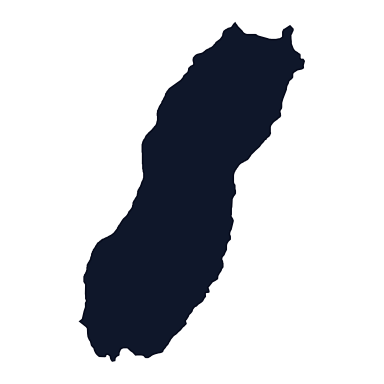 the district of Grecia, Alajuela, Costa Rica
{"feature_id": "36466004B60213245209904", "entity_name": "Grecia", "entity_type": "district", "adm_level": 2, "iso_a3": "CRI", "parent_name": "Costa Rica", "parent_adm1": "Alajuela", "projection": "albers", "projection_center": [-84.294, 10.09], "detail": "fine", "context": "isolated", "style": "filled", "palette": "ink", "viewbox_px": 384, "rotation_deg": 0, "n_neighbors": 0, "source": "geoboundaries", "source_scale": "gbopen_adm2", "svg_char_len": 5940}
<svg xmlns="http://www.w3.org/2000/svg" viewBox="0 0 384 384"><path d="M186.0,323.7L185.2,321.0L185.4,320.2L186.3,319.3L188.2,316.2L188.5,315.2L189.3,314.0L190.2,313.3L191.8,311.4L192.5,309.2L193.9,307.3L194.9,306.4L196.3,305.9L198.1,304.0L200.9,302.2L202.5,300.8L203.9,298.2L205.3,296.5L205.1,293.2L205.4,292.8L205.7,292.4L208.5,292.1L208.9,291.8L208.6,290.1L207.7,287.5L212.3,281.7L214.9,280.4L217.4,278.7L217.7,275.6L218.5,274.4L218.8,273.6L220.5,271.2L221.1,270.1L221.4,268.9L222.8,267.0L222.8,263.4L222.4,262.2L222.4,261.3L221.5,259.5L221.7,257.9L222.2,256.6L223.7,255.0L224.2,254.1L224.7,252.7L226.3,249.6L226.3,245.5L226.6,243.9L227.2,242.6L228.3,240.9L230.2,239.2L230.2,237.0L230.1,236.0L229.5,235.1L229.5,232.9L230.2,230.7L231.0,229.4L233.1,220.8L232.5,219.1L230.9,216.5L230.9,215.2L231.2,214.5L231.2,208.5L231.6,206.8L232.0,198.8L233.7,195.4L234.3,195.0L235.3,193.3L235.3,190.7L234.8,189.0L234.8,185.6L234.6,185.4L234.6,184.9L234.0,184.4L233.3,182.4L233.3,175.5L233.5,174.0L234.2,171.8L234.8,170.9L234.8,170.4L235.8,169.2L236.5,167.9L237.8,166.4L237.8,165.9L239.5,164.0L241.0,162.8L243.1,161.8L243.6,161.3L244.7,160.8L245.1,160.7L246.3,159.9L247.4,159.4L248.8,157.7L249.6,156.3L249.9,156.1L249.9,155.7L250.3,155.6L250.8,154.5L254.3,151.1L254.5,150.8L259.4,146.3L261.0,144.0L263.4,141.5L264.1,140.3L265.0,139.4L265.8,139.2L265.8,138.8L267.1,137.3L268.8,136.2L269.2,135.4L269.7,134.9L269.7,134.5L270.3,133.5L270.3,132.6L270.1,132.3L270.1,127.1L270.5,125.6L271.2,124.4L271.5,124.2L271.6,123.8L273.5,121.6L276.3,119.5L276.7,119.4L277.4,118.6L279.2,117.1L279.6,117.0L280.4,115.8L280.2,113.2L279.8,112.4L279.8,110.6L281.3,108.3L281.5,107.1L281.5,102.8L282.6,98.8L286.2,89.4L286.2,88.4L286.7,85.8L288.1,83.2L288.6,81.2L289.4,80.2L291.4,78.6L292.3,77.5L292.5,77.1L292.5,74.5L292.7,73.5L293.1,72.7L293.7,72.1L297.4,69.7L301.4,68.9L302.5,68.4L303.3,67.8L303.1,65.2L304.2,61.1L303.0,59.4L300.8,59.4L300.5,59.1L299.9,58.0L299.9,55.0L299.7,54.4L298.0,53.4L297.3,52.7L295.2,51.5L294.3,50.7L293.0,48.8L291.4,44.6L291.1,43.7L291.1,41.5L290.8,38.6L290.7,34.9L291.6,33.4L292.1,32.0L292.9,30.5L293.0,29.1L290.0,25.9L284.5,29.5L284.1,29.5L283.7,30.0L282.8,31.9L282.8,36.6L282.3,37.5L279.8,39.0L279.0,39.0L276.1,39.6L270.9,39.6L270.1,39.4L268.8,39.4L268.1,39.0L258.7,36.4L256.9,35.7L256.5,35.1L256.1,35.1L255.4,34.7L247.2,34.7L245.6,34.4L244.6,33.8L244.2,33.7L242.7,32.4L242.1,31.3L237.2,26.3L236.9,25.5L236.5,25.4L236.5,25.0L235.7,24.1L235.1,23.0L233.6,24.5L233.0,25.7L232.7,25.9L232.6,26.3L232.3,26.5L232.2,26.9L231.1,27.8L228.0,28.6L227.6,29.1L226.1,29.7L224.0,31.3L223.0,34.0L223.0,35.3L222.3,36.8L220.3,39.5L216.2,42.5L215.2,44.2L214.2,45.0L213.9,45.6L212.8,46.7L211.4,47.8L209.9,48.3L209.2,48.9L206.9,49.9L205.7,50.7L205.3,51.2L204.0,52.1L203.5,52.7L201.0,53.8L200.2,53.8L199.1,54.2L198.2,54.3L196.7,54.9L195.5,55.7L194.2,57.2L193.5,58.1L193.5,59.0L193.3,59.4L193.3,60.6L193.9,63.0L193.8,64.7L193.2,65.3L190.6,66.6L189.6,67.8L189.0,68.2L188.8,68.9L188.7,70.2L187.9,72.5L184.1,75.7L183.2,77.8L181.0,80.5L169.5,88.7L167.7,91.1L167.2,91.5L166.8,92.7L165.9,93.7L165.5,95.6L165.0,96.7L164.0,98.4L163.5,99.7L162.1,101.9L162.1,102.5L161.3,104.2L160.8,104.6L160.4,105.6L160.0,105.9L159.5,106.8L159.4,107.5L159.0,108.0L158.4,109.7L157.7,110.8L157.7,112.2L157.4,113.4L157.4,115.4L157.7,116.0L157.7,120.7L157.4,121.0L156.7,124.2L156.4,124.5L156.3,125.1L155.9,125.7L154.6,126.9L154.0,128.0L153.4,128.3L153.1,128.9L151.0,131.3L150.5,131.4L149.9,132.2L148.7,133.1L148.6,133.7L148.0,134.0L146.2,136.0L144.9,138.9L144.0,139.8L143.9,140.5L143.3,141.2L143.3,141.9L142.9,142.2L142.9,142.9L142.3,144.6L142.3,152.0L142.6,153.0L142.6,163.8L142.9,164.1L142.9,168.8L143.3,169.8L143.3,171.2L143.9,173.0L143.9,177.7L143.3,179.4L143.3,180.1L142.3,181.5L142.2,182.2L141.9,182.5L141.9,183.2L141.6,183.5L141.6,184.2L141.3,184.5L141.3,185.2L140.9,185.5L140.9,186.2L139.4,188.3L138.9,189.5L138.3,190.2L138.2,190.9L137.9,191.4L137.9,193.4L137.6,193.8L137.4,195.7L136.3,197.7L135.8,198.1L135.0,199.8L134.2,200.8L133.2,202.9L133.2,204.9L132.8,205.5L132.7,206.7L132.0,208.3L130.2,210.7L129.2,211.6L128.2,214.0L127.8,214.5L127.8,215.1L127.2,215.4L126.6,216.3L123.8,218.8L122.7,220.2L120.1,224.3L120.0,224.9L119.4,225.2L118.6,226.3L118.2,227.4L117.7,227.9L117.7,228.6L114.0,233.3L111.4,235.3L108.6,236.7L108.1,237.2L106.9,237.6L106.5,238.0L105.9,238.0L103.6,239.3L103.0,239.3L102.1,240.0L101.6,240.1L100.8,241.1L100.2,241.3L99.4,242.2L97.8,243.2L96.3,245.8L95.8,246.2L95.5,247.2L93.5,250.0L93.2,251.3L92.7,251.7L92.4,252.9L91.8,254.0L91.8,255.4L90.9,257.7L90.8,259.0L90.5,259.3L90.5,260.0L89.5,261.2L89.4,261.8L88.6,262.7L88.4,263.3L88.1,263.6L88.0,264.2L87.4,265.0L87.4,267.0L87.1,267.5L87.1,270.2L86.8,270.6L86.3,272.4L85.9,272.8L85.8,273.5L84.7,274.9L84.7,275.6L84.2,276.3L84.1,276.9L84.1,281.6L85.8,284.4L85.6,293.7L85.8,295.9L85.8,298.6L86.4,299.8L86.7,301.3L85.9,302.4L85.6,303.3L85.7,307.1L84.3,311.3L82.6,318.8L82.1,319.6L79.8,321.4L86.4,326.6L87.6,328.3L87.8,333.5L88.2,336.7L89.5,339.7L90.6,341.2L91.6,345.2L92.5,346.4L93.9,347.7L94.8,350.7L95.9,352.9L97.1,354.4L99.0,356.1L99.5,356.3L104.7,356.5L105.2,356.4L105.6,355.9L105.7,354.8L106.0,354.5L106.6,354.2L108.0,354.2L109.9,355.5L110.3,356.0L110.8,358.5L111.3,359.7L112.3,361.0L114.7,360.5L115.0,358.2L115.4,357.4L116.7,356.0L118.6,355.1L118.8,354.8L118.9,352.7L119.9,350.2L120.5,349.3L120.5,348.9L121.2,348.4L121.6,348.4L122.3,347.9L123.5,347.6L127.4,347.6L128.7,348.5L129.3,349.3L129.8,349.6L130.5,350.4L133.0,352.1L135.6,354.9L137.3,354.7L141.1,354.7L142.8,355.0L144.0,355.5L145.3,357.1L145.9,357.4L148.0,357.4L150.3,356.1L150.5,355.8L152.6,354.5L155.0,353.6L158.7,352.6L159.9,352.5L161.9,351.9L162.7,351.1L162.7,350.6L163.8,348.9L164.9,347.7L166.3,345.6L167.2,344.8L167.9,343.9L168.8,342.0L169.6,340.9L170.5,339.1L173.1,335.9L174.8,334.5L175.2,334.4L176.2,333.6L177.7,332.1L178.0,331.5L178.4,331.4L180.3,329.8L182.4,327.1L183.3,326.3L183.6,326.2L186.0,323.7Z" fill="#0f172a" stroke="#020617" stroke-width="1.5"/></svg>